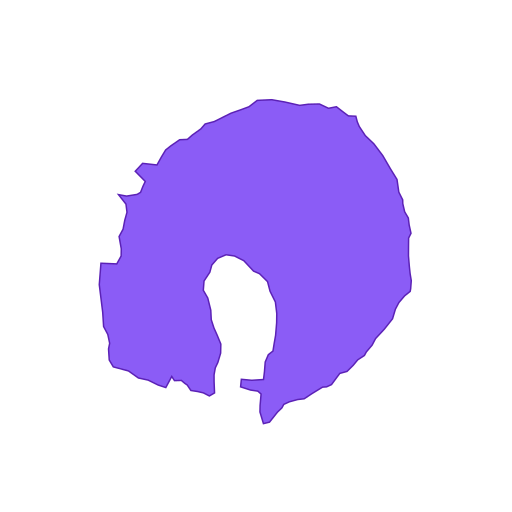 the district of Ureparapara, Torba, Vanuatu, rotated 124°
{"feature_id": "77236927B65524271778963", "entity_name": "Ureparapara", "entity_type": "district", "adm_level": 2, "iso_a3": "VUT", "parent_name": "Vanuatu", "parent_adm1": "Torba", "projection": "orthographic", "projection_center": [167.335, -13.537], "detail": "fine", "context": "isolated", "style": "filled", "palette": "violet", "viewbox_px": 512, "rotation_deg": 124, "n_neighbors": 0, "source": "geoboundaries", "source_scale": "gbopen_adm2", "svg_char_len": 2008}
<svg xmlns="http://www.w3.org/2000/svg" viewBox="0 0 512 512"><g transform="rotate(124 256 256)"><path d="M84.3,251.4L88.2,257.8L87.9,263.5L87.3,272.8L93.0,278.5L94.5,288.4L101.0,297.6L106.7,304.0L112.2,318.2L117.6,330.3L126.3,342.0L136.2,345.3L143.3,350.4L151.6,356.6L167.9,365.8L175.0,372.0L181.5,372.8L191.2,376.4L197.7,378.1L202.3,384.3L212.3,388.2L218.6,390.2L226.7,389.8L235.9,389.0L242.6,401.8L253.3,403.5L256.1,389.5L261.4,388.7L267.8,387.3L271.4,389.0L278.7,396.8L282.0,404.3L285.7,392.8L291.9,387.4L299.7,384.8L308.1,381.2L316.4,380.4L325.4,371.7L331.4,367.8L340.4,367.0L348.7,380.5L367.4,369.9L388.4,351.6L399.7,342.9L403.9,335.0L410.2,328.5L415.5,326.3L424.3,319.5L427.7,312.3L422.6,297.4L422.9,285.3L419.2,276.0L417.7,265.0L415.5,257.2L403.0,258.5L404.9,253.9L400.9,248.3L401.4,243.7L401.4,240.9L403.9,234.8L401.0,228.6L398.9,223.1L398.1,216.4L392.7,213.8L383.6,220.5L378.0,224.3L371.5,227.2L365.6,228.1L356.3,231.0L348.7,235.9L343.3,244.0L339.2,250.6L333.8,257.5L326.2,263.2L317.8,272.5L313.9,280.5L305.8,285.1L295.3,285.2L288.2,287.6L279.4,286.5L271.7,281.5L268.0,273.8L266.7,263.5L269.9,249.6L268.7,243.2L270.8,232.1L277.4,224.6L283.3,214.2L292.1,206.6L299.9,201.5L310.8,195.4L318.2,192.1L325.3,188.8L330.9,190.6L338.7,189.1L347.2,184.3L354.2,180.7L361.4,190.0L366.4,199.2L373.1,195.6L370.2,185.6L367.0,178.9L367.6,174.6L377.5,169.1L383.1,165.5L390.8,156.1L386.2,151.9L373.4,150.9L367.4,149.6L363.5,150.0L358.2,146.8L351.7,141.2L347.4,136.2L338.9,132.7L327.5,127.5L325.0,124.3L320.4,121.5L313.3,121.2L306.5,120.9L300.8,116.0L292.3,114.3L285.2,113.6L277.8,110.5L273.9,110.9L265.0,109.9L257.6,110.7L244.8,108.7L231.7,107.7L222.1,110.7L214.7,111.5L205.9,110.5L199.1,108.4L196.6,109.5L189.6,113.5L184.3,118.5L178.7,123.2L170.6,129.7L162.5,135.1L155.8,139.5L150.5,140.2L144.6,146.4L139.3,151.0L136.2,157.5L130.5,163.6L127.4,165.8L123.2,173.3L113.7,181.9L108.5,193.4L101.9,207.0L97.1,221.0L95.1,232.7L90.9,242.8L88.1,247.1L84.3,251.4Z" fill="#8b5cf6" stroke="#5b21b6" stroke-width="1.5"/></g></svg>